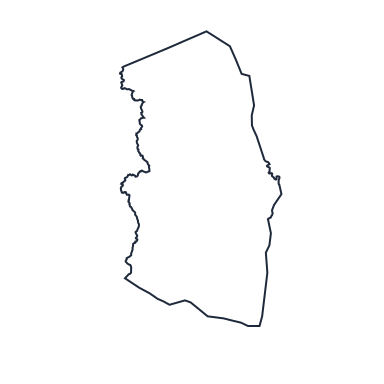 outline of Teshig, Bulgan, Mongolia, rotated 252°
{"feature_id": "93677404B98816227720270", "entity_name": "Teshig", "entity_type": "district", "adm_level": 2, "iso_a3": "MNG", "parent_name": "Mongolia", "parent_adm1": "Bulgan", "projection": "mercator", "projection_center": [103.202, 50.045], "detail": "fine", "context": "isolated", "style": "outline", "palette": "slate", "viewbox_px": 384, "rotation_deg": 252, "n_neighbors": 0, "source": "geoboundaries", "source_scale": "gbopen_adm2", "svg_char_len": 5961}
<svg xmlns="http://www.w3.org/2000/svg" viewBox="0 0 384 384"><g transform="rotate(252 192 192)"><path d="M52.7,198.1L47.3,203.8L43.7,214.8L52.1,220.3L91.9,238.7L111.5,243.5L117.3,249.1L128.4,254.3L142.2,255.8L142.7,255.8L142.8,255.9L142.9,256.2L143.0,256.4L143.0,256.8L143.0,257.0L143.3,257.5L143.4,258.1L143.3,258.5L143.3,258.8L143.6,259.1L143.8,259.4L143.9,259.5L144.0,259.6L144.5,259.9L144.8,260.3L145.1,260.8L146.1,261.6L146.5,261.9L146.8,262.1L147.4,262.2L148.4,262.2L149.8,262.4L154.3,266.0L162.3,276.4L171.8,277.3L172.2,277.0L172.4,277.1L173.3,277.0L173.6,277.1L173.9,277.2L174.3,277.3L174.6,277.4L175.2,277.7L175.8,277.8L176.5,278.1L176.9,278.4L177.6,279.1L178.8,279.7L179.0,279.8L179.5,279.7L179.9,279.4L180.2,279.0L180.5,278.1L180.6,277.5L180.6,277.3L180.6,277.2L180.0,276.9L178.9,276.7L178.3,276.4L178.0,276.1L177.9,275.8L178.0,275.5L178.1,275.3L179.2,274.4L179.4,274.3L179.6,274.3L180.2,274.4L180.5,274.3L182.5,273.0L182.8,273.0L183.4,273.4L184.2,273.7L184.5,273.9L185.1,273.8L185.3,273.6L185.4,273.2L185.4,272.4L185.4,272.1L185.4,271.9L185.5,271.6L185.6,271.4L186.6,270.8L186.8,270.9L187.2,271.7L187.4,272.1L187.7,272.3L187.8,272.3L188.5,272.4L189.2,272.7L190.5,273.3L190.8,273.4L191.0,273.4L191.4,273.2L191.8,272.7L192.3,272.1L193.0,271.5L193.3,271.3L193.6,271.3L193.8,271.5L194.0,272.1L194.3,273.1L194.4,274.1L194.4,274.3L194.5,274.3L195.1,274.3L195.6,274.1L196.8,273.7L197.1,273.5L197.3,273.3L197.5,272.7L197.7,272.4L197.9,272.1L198.4,271.6L199.4,271.1L199.8,271.0L200.5,270.7L201.2,270.7L202.0,270.8L225.1,270.7L232.5,269.8L236.8,269.6L246.4,272.5L255.2,277.8L284.7,282.4L289.0,275.7L304.2,274.6L318.9,273.1L340.3,255.4L337.9,229.9L336.5,215.7L332.5,166.8L332.5,166.4L332.0,164.3L330.7,164.6L329.8,164.4L328.9,164.0L328.5,163.2L328.2,162.9L327.9,162.0L327.8,160.9L327.2,160.3L326.8,160.1L326.1,160.9L326.1,161.4L325.7,161.6L323.6,161.3L323.4,161.2L323.3,160.8L322.8,160.2L322.3,160.1L321.3,160.3L319.6,161.8L319.2,161.7L318.3,161.0L318.4,159.0L318.0,158.5L315.0,158.7L313.8,157.6L313.5,157.0L313.2,156.9L312.8,156.8L312.5,157.1L311.5,157.5L311.3,158.0L311.4,158.7L311.5,159.5L311.7,159.8L311.2,160.4L311.0,160.8L310.2,161.4L309.8,161.8L309.5,163.0L309.4,163.8L308.8,164.5L308.4,164.7L308.2,165.1L306.8,166.2L306.4,167.2L306.1,167.5L306.0,167.1L303.8,165.1L302.8,164.5L301.9,164.8L300.6,164.4L299.7,164.6L298.8,164.7L298.6,164.8L298.5,165.6L298.3,165.8L298.1,165.8L297.2,165.5L296.9,165.7L296.6,166.3L296.5,167.1L295.9,167.9L295.9,168.5L295.7,169.5L296.0,170.5L296.0,170.8L295.6,171.2L294.9,173.0L293.6,172.9L292.7,173.8L292.7,173.3L292.4,172.9L291.6,172.4L290.7,171.2L289.8,170.9L289.4,170.1L288.8,169.5L287.8,169.5L287.1,169.3L286.0,169.6L285.1,169.6L284.1,169.7L283.7,169.7L283.1,169.3L282.9,168.9L282.9,168.3L282.5,168.4L282.0,168.0L281.5,167.9L280.4,168.3L278.7,168.7L277.5,169.3L277.7,168.4L277.8,166.2L276.6,164.4L276.6,164.1L275.7,164.1L275.2,163.8L274.7,163.9L274.3,163.9L273.6,163.6L273.0,163.5L272.1,163.8L270.8,164.9L269.8,164.9L268.2,162.9L267.5,163.0L267.3,161.8L266.9,161.4L265.7,160.6L265.7,159.9L265.3,159.0L264.7,157.9L264.8,157.2L264.4,157.2L264.0,157.1L263.7,156.8L263.4,156.4L263.1,156.5L262.4,157.0L261.9,156.8L261.2,156.7L260.4,157.0L259.8,156.9L259.4,156.8L258.9,156.7L258.2,156.1L257.8,155.3L256.9,155.0L256.0,154.8L254.7,154.9L254.1,155.1L253.4,155.1L252.9,155.2L252.6,155.0L252.4,154.6L251.8,154.1L251.3,153.9L250.3,153.6L250.0,153.5L249.3,154.1L248.8,154.2L248.0,153.6L247.7,153.5L246.9,153.9L246.4,153.8L245.5,154.0L244.7,154.6L244.2,154.5L243.7,154.5L243.2,154.2L242.2,154.6L242.3,155.6L242.1,155.8L241.7,156.2L240.3,156.2L239.3,155.5L239.0,155.6L238.2,156.3L237.6,156.4L237.3,156.6L234.4,158.7L233.8,158.6L233.5,158.8L232.6,158.6L231.2,159.0L230.4,159.5L230.0,159.3L229.5,158.9L228.4,158.6L227.4,158.6L224.9,157.9L225.0,155.8L224.7,155.2L225.0,153.9L225.5,153.6L226.0,152.8L227.2,151.5L227.8,151.1L227.9,150.5L227.8,150.0L227.3,149.7L227.3,149.4L227.6,148.5L226.9,147.9L226.5,147.0L225.9,146.3L224.4,145.5L223.9,144.7L223.9,143.2L224.0,143.0L224.2,142.9L225.1,142.9L226.7,141.2L226.4,141.0L226.3,140.6L226.6,139.8L226.6,139.5L227.7,138.9L228.0,138.5L228.0,138.0L227.8,137.6L227.6,137.3L227.7,136.9L227.9,136.5L226.6,135.4L226.3,135.1L226.1,134.2L226.1,132.8L225.3,132.1L224.4,132.3L223.7,132.2L223.2,131.3L223.1,130.8L223.0,130.7L222.9,130.4L222.5,129.2L222.2,128.5L222.3,127.9L222.2,127.7L221.8,127.6L221.6,127.3L220.7,128.5L219.8,128.3L219.2,127.9L219.1,127.6L219.1,127.0L218.7,126.7L218.5,126.4L218.4,126.0L217.4,125.4L217.1,125.5L216.4,125.2L216.0,125.1L213.1,125.1L212.8,125.5L212.9,125.8L212.8,126.1L212.3,126.8L212.8,127.5L212.8,128.1L212.4,128.6L212.3,129.0L211.7,129.1L211.0,128.9L210.6,129.0L210.0,129.2L209.5,129.3L209.4,129.9L209.2,130.1L209.1,130.9L208.7,131.2L208.6,131.5L208.1,131.5L205.8,130.4L203.9,129.6L203.8,129.1L203.1,129.1L202.7,128.8L202.4,128.5L202.2,128.6L201.7,128.9L200.4,129.2L199.7,128.6L198.9,128.8L197.8,128.6L197.4,128.6L196.4,129.5L196.1,129.6L195.7,129.5L194.1,129.9L193.2,129.8L190.5,131.4L189.5,131.5L188.1,130.9L187.6,131.0L186.9,131.4L185.1,131.9L184.7,131.9L183.6,131.5L181.8,131.8L181.4,131.8L181.0,131.5L179.8,131.4L178.9,131.3L177.9,131.6L177.4,131.5L175.5,130.7L175.1,130.4L173.7,128.9L172.0,127.8L171.5,126.1L171.2,125.9L170.5,125.8L168.9,126.1L168.7,126.2L167.8,126.3L167.3,126.4L166.7,126.0L166.1,125.2L165.9,124.8L165.6,124.4L165.2,124.3L163.9,125.4L162.9,124.9L162.4,124.3L162.3,123.8L162.4,122.8L161.4,122.6L161.2,122.1L161.4,121.6L160.9,120.0L158.8,119.2L157.3,118.2L155.6,117.7L152.1,115.0L151.0,114.8L150.6,114.6L150.5,114.3L149.8,112.5L149.6,111.2L149.3,109.4L148.2,109.2L147.2,107.8L146.7,107.5L146.3,107.5L145.8,107.6L143.6,108.7L142.5,109.7L142.1,110.0L141.8,110.7L141.5,110.8L139.9,111.0L139.2,110.8L138.9,110.8L134.1,109.1L133.4,108.0L133.3,107.6L133.3,106.4L130.6,101.6L117.3,112.2L108.5,120.6L101.2,126.1L96.8,131.0L91.7,135.8L91.1,151.8L87.4,156.6L68.9,168.5L62.0,183.1L57.2,190.7L52.7,198.1Z" fill="none" stroke="#1e293b" stroke-width="2"/></g></svg>